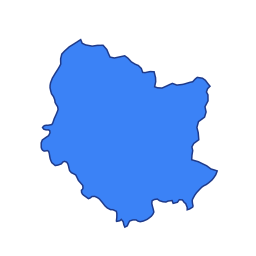 the district of Dubrowna, Vitebsk, Belarus, rotated 348°
{"feature_id": "67162791B1773631612848", "entity_name": "Dubrowna", "entity_type": "district", "adm_level": 2, "iso_a3": "BLR", "parent_name": "Belarus", "parent_adm1": "Vitebsk", "projection": "mercator", "projection_center": [30.836, 54.609], "detail": "fine", "context": "isolated", "style": "filled", "palette": "blue", "viewbox_px": 256, "rotation_deg": 348, "n_neighbors": 0, "source": "geoboundaries", "source_scale": "gbopen_adm2", "svg_char_len": 2593}
<svg xmlns="http://www.w3.org/2000/svg" viewBox="0 0 256 256"><g transform="rotate(348 128 128)"><path d="M206.3,188.5L203.9,187.1L200.6,185.3L197.1,181.3L193.1,178.2L189.8,175.6L186.8,174.0L183.7,172.3L184.9,167.9L186.6,163.6L186.6,159.7L189.1,156.8L194.8,154.2L195.7,147.2L195.5,141.8L198.3,136.4L205.1,133.3L207.7,128.6L207.7,123.2L211.9,118.1L213.1,112.2L212.2,109.1L214.0,106.1L216.9,104.2L215.2,100.9L213.6,97.4L211.2,94.8L206.3,92.9L204.2,93.9L200.9,96.2L198.1,96.2L192.0,96.7L190.1,96.7L184.7,96.2L182.6,94.8L180.7,93.6L178.1,94.1L174.3,95.0L169.6,96.0L165.2,94.8L162.6,93.2L164.7,88.5L165.4,84.5L165.2,78.4L161.4,77.4L156.2,77.4L153.9,76.7L153.4,72.5L151.1,69.0L148.3,67.1L145.0,64.0L142.4,59.6L139.8,56.7L133.4,56.7L129.2,56.7L125.2,54.9L124.3,50.9L123.6,46.9L120.8,41.9L115.1,40.8L110.0,40.5L103.8,37.9L100.8,35.6L100.1,31.7L92.4,34.6L87.4,36.4L81.9,39.6L78.6,41.9L76.5,46.3L75.9,49.3L75.5,51.5L73.8,53.6L71.5,56.1L68.4,59.2L64.4,63.5L61.7,67.6L60.7,70.0L60.1,72.5L60.1,75.7L60.3,78.6L61.7,82.0L62.2,85.3L62.0,87.9L62.7,90.2L63.6,92.6L63.5,95.2L62.6,96.8L60.7,99.6L59.3,101.5L57.8,103.5L55.5,107.4L54.1,108.8L50.2,108.7L48.6,108.3L46.8,108.3L45.6,108.8L44.5,109.8L45.4,111.7L47.5,112.8L49.9,113.3L50.9,114.4L50.7,116.5L48.7,119.0L45.9,120.1L41.7,121.9L40.0,124.5L39.6,126.5L39.1,128.8L39.2,130.3L39.8,131.9L41.1,133.1L42.9,133.3L44.3,133.3L45.5,134.3L45.7,136.4L45.5,140.1L45.5,142.0L45.8,144.1L46.3,146.1L49.0,149.6L51.9,149.7L55.4,149.2L57.3,147.7L58.9,147.4L61.0,148.7L61.7,150.7L61.9,152.9L61.9,154.5L62.0,157.5L63.3,159.9L65.1,161.3L67.1,163.0L67.7,165.1L68.6,169.0L69.9,171.3L71.8,174.8L71.5,177.3L70.9,178.4L69.5,179.2L69.2,181.4L69.7,183.2L70.6,184.5L73.0,187.1L74.6,188.9L76.7,188.5L78.4,187.5L81.3,188.0L83.6,189.7L85.3,191.5L87.5,195.7L89.3,199.4L91.1,201.9L93.9,204.2L96.3,204.8L99.3,207.1L99.3,209.4L98.5,213.0L97.3,216.6L97.5,217.0L100.8,217.0L102.4,216.0L103.8,218.6L103.8,221.7L104.3,224.3L106.9,223.6L109.2,220.5L110.4,219.3L113.7,218.9L116.8,219.6L118.4,221.2L120.5,222.2L123.6,222.2L127.6,221.4L129.7,220.5L132.5,219.1L134.4,217.5L135.8,215.6L135.8,212.8L135.6,209.2L135.6,206.6L136.5,204.1L138.9,203.4L141.9,203.6L143.8,205.7L146.8,207.4L149.7,208.3L152.0,207.8L156.0,208.1L156.5,211.1L157.2,211.1L160.9,210.9L163.3,208.8L166.3,209.7L167.5,212.5L168.7,213.9L169.4,217.9L168.9,220.3L171.5,220.0L174.8,218.8L175.4,217.8L175.4,215.1L175.7,212.4L176.4,211.0L179.2,207.7L181.6,205.5L185.3,202.9L187.7,201.3L190.0,200.3L192.8,199.6L195.5,198.4L199.3,196.3L201.4,194.6L204.1,192.0L205.8,189.4L206.3,188.5Z" fill="#3b82f6" stroke="#1e3a8a" stroke-width="1.5"/></g></svg>